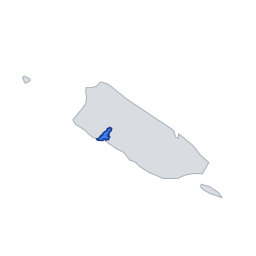 Guayanilla, Puerto Rico (highlighted), rotated 32°
{"feature_id": "32010507B36616514861103", "entity_name": "Guayanilla", "entity_type": "district", "adm_level": 2, "iso_a3": "PRI", "parent_name": "Puerto Rico", "parent_adm1": "", "projection": "mercator", "projection_center": [-66.788, 18.044], "detail": "fine", "context": "in_parent", "style": "filled", "palette": "blue", "viewbox_px": 256, "rotation_deg": 32, "n_neighbors": 0, "source": "geoboundaries", "source_scale": "gbopen_adm2", "svg_char_len": 3117}
<svg xmlns="http://www.w3.org/2000/svg" viewBox="0 0 256 256"><g transform="rotate(32 128 128)"><path d="M170.8,108.5L173.5,110.4L176.2,110.1L174.0,106.3L176.0,106.3L192.8,108.6L203.7,112.6L214.8,114.4L215.5,127.3L206.9,132.5L201.3,137.8L196.8,144.4L184.7,152.1L170.3,154.4L160.6,154.6L157.0,154.4L153.5,153.1L146.2,154.3L137.3,150.9L129.5,151.8L114.2,151.0L108.5,153.9L103.0,154.6L97.6,154.0L93.1,152.7L81.7,152.8L76.9,150.3L78.9,135.6L79.1,129.0L76.3,123.5L73.2,120.1L71.0,116.0L75.5,113.3L79.1,109.4L80.3,103.5L84.3,102.1L89.0,101.4L110.7,104.1L165.6,105.7L168.7,106.2L170.8,108.5ZM232.7,140.0L225.8,140.5L221.3,139.8L219.8,137.0L228.2,134.5L237.9,134.8L243.5,136.4L244.2,137.4L232.7,140.0ZM17.5,144.2L16.7,144.3L15.8,144.2L15.5,143.9L14.9,143.1L12.4,141.7L11.8,140.4L12.4,139.1L13.4,138.6L18.5,138.4L19.0,138.5L20.0,139.5L20.1,140.1L19.5,140.8L18.7,142.4L18.3,142.8L18.0,143.2L17.9,143.9L17.5,144.2Z" fill="#d9dde1" stroke="#a8b0b8" stroke-width="1"/><path d="M107.2,153.9L107.3,154.0L107.5,154.1L107.9,154.3L108.2,154.4L108.3,154.4L108.6,154.3L108.8,154.3L108.9,154.2L109.4,154.0L109.9,154.0L110.1,153.9L110.4,153.6L110.6,153.4L110.8,153.2L111.2,152.9L111.6,152.8L112.1,152.6L112.5,152.5L112.9,152.3L113.1,152.0L113.2,151.6L113.3,151.6L113.3,151.1L113.2,151.1L113.2,150.7L113.1,150.1L113.4,149.9L113.6,149.8L113.7,149.7L114.0,149.7L114.2,149.4L114.4,149.2L114.7,149.2L114.8,149.2L115.0,149.5L115.2,149.9L115.8,149.8L116.0,149.6L116.1,149.2L116.3,148.7L116.9,148.5L117.1,148.4L117.3,148.5L117.6,148.4L117.7,148.1L117.6,147.8L117.4,147.7L117.1,147.1L116.9,146.9L117.0,146.7L117.2,146.3L117.2,146.1L117.2,145.9L117.4,145.8L117.4,145.7L117.2,145.4L117.1,145.6L116.8,145.5L116.5,145.6L116.3,145.5L116.1,145.3L116.0,145.2L115.9,145.2L115.9,144.9L115.7,144.5L115.6,144.8L115.4,144.9L115.2,145.3L115.1,145.6L114.9,145.9L114.9,146.1L114.7,145.6L114.6,145.2L114.8,145.1L114.8,144.9L114.6,144.6L114.6,144.4L114.6,144.1L114.7,143.9L114.7,143.6L114.6,143.4L114.5,143.2L114.6,142.9L114.8,142.8L114.8,142.7L114.7,142.6L114.8,142.5L114.8,142.3L114.8,142.1L114.7,142.0L114.5,141.9L114.5,141.6L114.6,141.1L114.7,140.8L114.8,140.7L114.9,140.4L114.8,139.9L115.1,139.5L115.2,139.4L115.2,139.2L115.0,138.9L115.0,138.7L114.9,138.4L114.6,137.9L114.5,137.6L114.5,137.3L114.3,137.3L114.1,137.4L113.5,137.2L113.4,137.1L113.2,136.9L113.0,137.1L112.8,137.3L112.5,137.3L112.4,137.4L112.0,137.4L111.9,137.5L112.0,137.9L112.1,138.4L112.1,138.5L111.8,138.6L111.6,138.7L111.5,138.9L111.2,139.0L110.9,139.3L110.9,139.5L111.0,139.6L110.9,139.7L111.0,140.0L111.3,140.1L111.4,140.4L111.2,140.8L111.4,141.0L111.6,141.3L111.1,142.2L110.6,142.8L110.5,143.0L110.4,143.1L110.2,143.9L110.1,144.2L110.2,144.5L109.7,145.3L109.7,145.7L109.6,145.8L109.7,146.1L109.9,146.3L109.9,146.5L110.1,146.9L110.2,147.0L110.0,147.4L109.9,147.8L109.7,147.8L109.2,148.0L109.2,148.4L109.3,148.6L109.2,148.7L109.1,148.8L109.2,149.0L109.3,148.9L109.4,149.0L109.5,149.1L109.4,149.2L109.5,149.4L109.5,149.8L109.3,149.8L109.1,149.8L109.1,150.0L109.2,150.5L108.8,150.7L108.7,150.8L108.7,151.0L108.6,152.9L107.2,153.9Z" fill="#3b82f6" stroke="#1e3a8a" stroke-width="1.5"/></g></svg>